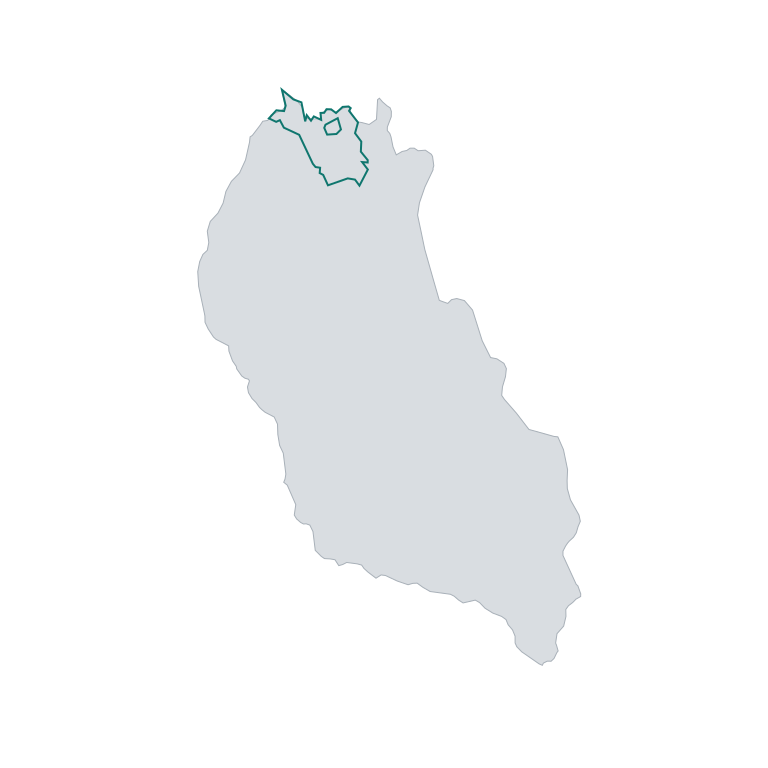 Vas highlighted on a map of Hungary, rotated 77°
{"feature_id": "HUN-3138", "entity_name": "Vas", "entity_type": "County", "adm_level": 1, "iso_a3": "HUN", "parent_name": "Hungary", "parent_adm1": "", "projection": "robinson", "projection_center": [16.563, 47.075], "detail": "coarse", "context": "in_parent", "style": "outline", "palette": "teal", "viewbox_px": 768, "rotation_deg": 77, "n_neighbors": 0, "source": "natural_earth", "source_scale": "10m", "svg_char_len": 3381}
<svg xmlns="http://www.w3.org/2000/svg" viewBox="0 0 768 768"><g transform="rotate(77 384 384)"><path d="M624.3,240.5L632.9,239.5L633.3,239.7L635.3,240.2L636.9,245.6L637.2,245.9L639.4,249.4L641.5,254.1L644.6,257.6L651.4,259.0L660.3,263.4L666.2,271.6L674.9,275.0L675.5,275.0L677.2,274.7L683.3,274.4L684.6,276.0L689.6,280.0L691.7,283.5L690.8,287.3L691.8,291.5L693.7,293.0L691.6,295.8L676.0,310.0L669.9,313.7L665.8,314.5L659.2,313.0L652.5,314.1L646.5,317.2L641.0,318.1L636.9,321.7L631.7,329.5L625.2,336.0L618.5,340.0L615.1,343.7L615.1,356.2L611.4,359.8L606.5,363.4L603.8,366.6L596.6,385.7L590.9,391.8L585.5,396.5L584.7,400.8L585.0,405.7L578.9,415.5L570.9,425.7L569.4,429.8L571.4,435.5L563.7,441.9L559.2,445.0L555.4,446.5L553.2,450.6L549.5,460.5L550.6,464.9L550.8,468.9L544.2,471.3L542.3,475.8L540.7,481.3L538.0,483.8L530.6,488.4L511.8,486.4L504.8,488.0L502.7,491.3L502.3,493.9L500.1,496.4L495.8,499.5L491.5,500.9L481.7,497.1L460.8,501.0L457.2,503.8L454.3,501.8L449.7,499.9L428.7,497.7L420.4,499.5L409.4,498.8L399.1,496.8L391.5,498.4L384.8,506.2L381.5,508.8L378.9,510.5L373.2,512.9L368.4,515.9L362.0,518.0L356.2,517.7L350.7,514.4L348.8,515.1L347.1,518.2L344.2,520.8L336.1,524.1L334.0,524.0L333.6,524.0L327.4,526.4L317.1,527.7L311.9,526.8L302.7,537.6L299.8,539.6L290.9,542.9L283.6,544.5L277.4,543.2L274.9,543.1L247.1,542.6L232.6,540.2L223.2,536.0L217.0,531.3L214.0,526.1L206.8,522.9L195.4,521.8L186.5,516.7L180.2,507.4L171.6,500.1L160.8,494.7L152.2,487.1L145.9,477.3L134.5,468.5L118.1,460.6L113.1,458.9L112.2,456.4L104.1,446.6L100.7,443.0L101.0,438.2L99.4,435.4L96.5,433.5L95.0,426.5L94.0,421.3L91.8,417.9L74.3,417.2L88.9,404.8L96.2,401.3L104.7,401.9L107.4,400.8L108.1,399.0L109.5,394.9L110.3,391.1L111.0,387.5L110.1,385.5L106.0,384.8L104.0,376.0L106.1,372.6L108.2,370.3L105.7,359.4L106.4,355.8L113.0,355.2L118.5,352.9L122.9,350.3L124.2,346.9L127.8,340.1L124.5,331.8L105.5,326.3L104.5,324.2L108.9,321.9L113.6,318.5L116.3,315.9L120.0,315.5L125.2,316.8L134.3,322.9L137.8,323.8L141.2,322.0L144.8,321.6L155.0,321.9L163.5,320.5L161.5,314.0L161.6,309.3L160.1,305.6L161.0,301.5L164.4,298.3L165.5,291.1L170.8,286.2L173.2,285.5L182.6,286.4L184.8,287.7L186.3,288.0L201.2,299.8L215.4,308.7L227.0,313.3L244.0,313.6L262.1,314.0L292.3,312.5L314.9,311.3L316.4,309.1L319.8,303.8L317.0,299.2L317.1,293.9L320.8,286.9L331.9,281.1L363.9,278.6L382.2,274.2L384.9,268.3L390.9,262.5L396.5,261.3L404.2,264.0L413.4,269.2L421.6,271.9L426.2,270.1L442.3,261.5L460.9,253.0L473.3,230.2L474.6,226.5L488.4,223.9L508.8,224.4L519.2,227.3L527.1,228.9L538.8,228.4L555.6,223.5L561.9,223.6L566.8,227.1L572.2,230.1L575.9,233.8L578.8,238.9L580.3,240.9L582.7,243.5L587.1,247.2L591.3,248.2L622.4,241.8L624.3,240.5Z" fill="#d9dde1" stroke="#a8b0b8" stroke-width="1"/><path d="M110.0,356.6L123.3,350.5L133.1,355.8L142.7,351.6L152.4,354.3L162.2,349.5L164.5,350.1L162.8,355.4L171.4,351.5L185.2,363.3L178.3,366.3L175.5,373.1L177.8,393.9L166.6,396.2L164.0,399.2L158.9,397.6L157.2,401.9L153.4,403.8L122.1,410.6L111.7,423.9L103.5,426.1L104.3,430.1L99.3,436.4L93.1,427.3L95.6,420.0L90.7,417.2L74.3,417.3L86.3,408.3L91.0,401.1L110.4,401.7L104.7,398.8L111.0,395.9L107.5,392.2L112.5,385.8L105.6,384.9L106.3,381.3L103.3,378.2L104.5,373.7L109.2,369.8L104.7,362.0L105.6,356.1L107.7,354.4L110.0,356.6ZM126.3,368.7L114.6,369.3L118.2,382.7L121.0,384.6L128.2,383.3L129.7,374.1L126.3,368.7Z" fill="none" stroke="#0f766e" stroke-width="2"/></g></svg>